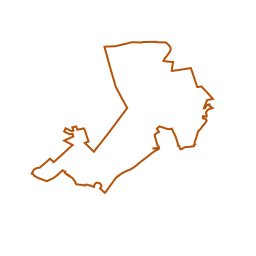 Chitila, Ilfov, Romania, rotated 34°
{"feature_id": "2599482B54423717923033", "entity_name": "Chitila", "entity_type": "district", "adm_level": 2, "iso_a3": "ROU", "parent_name": "Romania", "parent_adm1": "Ilfov", "projection": "robinson", "projection_center": [25.98, 44.492], "detail": "fine", "context": "isolated", "style": "outline", "palette": "amber", "viewbox_px": 256, "rotation_deg": 34, "n_neighbors": 0, "source": "geoboundaries", "source_scale": "gbopen_adm2", "svg_char_len": 5033}
<svg xmlns="http://www.w3.org/2000/svg" viewBox="0 0 256 256"><g transform="rotate(34 128 128)"><path d="M63.1,73.8L65.7,76.1L67.4,77.5L69.9,79.7L74.9,84.0L84.2,91.9L92.0,98.3L94.9,100.8L105.5,106.4L116.2,111.9L115.8,119.8L115.4,128.2L115.1,135.1L114.9,138.0L114.8,138.8L114.7,142.4L114.5,145.9L114.2,150.4L114.0,152.5L113.6,158.3L113.4,161.2L113.2,161.5L113.0,166.8L100.5,164.5L102.9,161.2L100.9,159.8L98.7,158.1L93.7,154.1L91.6,153.0L87.1,157.7L84.1,155.7L81.5,158.6L84.3,160.7L83.0,162.1L76.5,163.1L77.0,166.6L83.2,165.8L85.3,163.9L87.4,165.7L82.1,174.1L91.6,173.1L85.5,197.9L80.5,197.0L80.0,199.1L78.3,205.6L77.5,208.2L77.2,209.3L77.2,210.0L75.1,211.9L74.5,212.7L74.1,213.3L73.7,214.1L73.4,215.3L73.3,216.4L73.4,217.2L73.5,218.4L73.7,219.6L74.6,219.0L75.0,219.3L76.9,220.1L79.2,219.8L81.5,219.6L82.7,219.4L85.1,218.8L88.6,217.9L90.3,217.5L90.6,217.3L94.1,211.3L95.6,207.2L95.7,206.9L97.4,199.6L97.7,199.6L98.2,199.6L98.5,199.6L100.5,199.4L100.5,199.9L100.5,200.5L101.7,200.6L103.3,200.8L103.8,200.8L103.8,200.4L104.7,200.3L104.8,200.7L105.7,200.8L105.7,200.4L106.4,200.4L107.2,200.5L107.6,200.6L108.4,200.6L108.7,200.6L109.3,200.5L110.8,200.8L111.4,201.0L112.2,201.3L112.9,201.6L113.9,202.0L114.3,202.3L114.9,202.5L115.4,203.0L116.0,203.3L116.2,203.5L116.6,203.6L117.2,203.3L118.0,202.9L121.3,201.1L121.6,200.9L123.1,200.4L123.7,200.2L124.0,200.1L124.3,200.0L124.5,199.8L124.2,199.3L124.5,198.7L125.5,198.0L129.3,196.8L129.2,196.6L132.7,196.0L132.6,195.8L132.5,195.6L132.2,194.6L132.0,193.5L132.0,192.6L131.9,192.2L132.1,191.7L132.7,190.9L133.7,190.2L135.0,189.8L136.5,189.8L137.7,190.3L138.4,191.0L138.6,191.1L138.7,191.9L138.7,193.0L138.6,193.8L140.2,193.9L142.2,194.3L144.0,194.5L144.3,194.6L145.0,194.7L145.3,193.7L145.5,186.5L145.6,182.9L145.8,177.3L146.3,174.0L146.7,174.0L147.4,171.3L148.1,169.5L148.9,167.8L149.5,166.8L149.6,166.6L150.2,165.5L151.4,163.6L153.3,160.8L154.0,159.3L154.7,157.6L155.0,156.9L155.7,154.9L156.2,153.1L156.9,150.6L158.0,147.2L160.0,141.3L161.7,135.7L163.1,132.2L164.2,130.0L165.0,128.4L164.3,128.4L164.2,128.6L164.0,128.8L163.9,128.8L163.5,128.8L163.3,128.8L162.8,129.2L162.0,129.8L160.7,130.8L160.5,130.7L163.9,127.8L165.3,126.5L165.1,126.6L164.8,126.6L164.0,126.4L162.2,125.8L161.5,125.4L160.7,124.7L156.5,121.2L154.0,119.0L154.1,118.8L154.1,118.7L154.0,118.4L154.1,118.1L154.3,117.7L154.4,117.2L154.5,116.8L154.8,116.1L155.0,115.6L155.3,115.1L155.7,114.3L155.9,113.9L155.7,113.8L155.3,113.7L155.0,113.6L154.6,113.4L154.3,113.3L153.9,113.1L153.7,113.0L152.3,112.5L152.3,112.4L152.4,112.1L152.5,111.7L152.7,111.1L152.9,110.1L152.9,109.9L153.1,109.4L153.1,109.2L153.5,109.1L154.2,108.8L155.0,108.5L155.4,108.4L155.7,108.4L155.8,108.3L157.2,107.9L158.0,107.7L158.7,107.5L159.1,107.3L159.3,107.3L160.3,107.0L161.0,106.8L161.9,106.5L162.0,106.4L162.3,106.4L162.6,106.1L162.9,105.8L164.7,104.0L165.3,104.4L165.5,104.6L165.8,104.7L165.8,104.8L168.3,106.2L171.4,108.0L171.5,108.0L172.5,108.7L174.1,109.9L174.6,110.3L174.9,110.5L175.3,110.9L175.7,111.2L176.3,111.7L176.6,111.9L177.0,112.2L177.3,112.5L177.8,112.9L178.4,113.4L178.5,113.5L179.1,114.2L179.2,114.4L179.3,114.6L179.5,114.8L180.4,114.2L183.2,116.3L184.0,115.6L184.4,115.4L184.6,114.8L184.6,114.7L184.8,114.3L184.9,114.0L185.0,113.8L185.2,113.5L185.3,113.3L185.5,112.8L185.7,112.5L186.0,112.1L187.8,110.5L189.8,109.0L192.5,106.5L192.9,106.1L192.6,105.7L192.4,105.6L192.1,105.3L192.4,104.0L192.5,103.9L191.9,103.7L191.5,103.3L191.3,102.7L190.5,99.8L189.9,97.6L189.4,96.0L188.8,93.8L188.5,93.0L188.3,92.5L188.1,91.6L188.2,91.2L188.3,90.1L188.5,89.1L188.7,87.9L188.8,87.0L188.8,86.1L188.7,85.4L188.7,84.9L188.7,84.5L188.8,84.1L188.9,83.6L189.0,83.1L189.0,82.7L189.1,82.4L189.1,82.0L189.1,81.6L189.2,81.1L189.2,80.5L189.2,80.0L189.1,79.7L189.1,79.4L189.2,78.6L189.2,78.3L189.1,78.1L189.0,77.8L188.8,77.6L188.6,77.5L188.3,77.4L187.9,77.3L187.4,77.3L187.2,77.3L186.8,77.4L186.3,77.5L185.6,77.7L184.9,77.9L184.9,78.0L184.6,78.0L184.6,77.9L184.4,77.7L183.9,77.1L183.5,76.3L183.7,76.1L183.9,75.9L184.6,75.7L185.5,75.3L186.3,75.0L186.7,74.8L186.7,74.7L186.7,74.2L186.3,73.7L186.0,73.4L185.8,73.2L185.3,72.8L185.1,72.8L184.5,72.0L184.1,71.5L183.9,71.1L183.9,70.9L183.9,70.5L183.9,70.0L184.0,69.3L184.2,67.8L184.7,66.9L185.0,66.4L185.5,65.8L186.5,64.9L186.6,64.7L186.8,64.5L186.9,64.4L187.0,64.1L183.0,64.1L182.6,62.9L182.4,62.8L182.2,62.9L182.0,63.2L181.4,64.1L180.6,65.0L180.4,66.6L180.5,66.7L180.9,67.5L180.9,67.8L180.2,68.7L180.1,70.2L178.0,60.5L182.1,56.6L179.4,55.8L179.5,55.7L165.7,52.5L162.5,55.3L146.7,43.2L144.2,45.4L138.5,50.7L138.1,51.1L132.6,56.1L132.4,56.1L132.1,56.0L130.5,52.6L129.5,50.4L128.6,48.4L128.5,48.1L124.5,50.3L122.8,51.2L120.0,52.6L119.5,51.1L119.6,50.4L119.9,47.0L120.0,43.4L120.1,41.4L119.9,40.4L119.6,39.2L119.0,38.3L118.0,37.5L117.0,36.9L114.9,36.4L111.6,35.9L109.0,37.5L104.8,40.3L103.8,40.4L102.2,41.4L102.3,41.5L98.4,44.0L98.1,44.3L92.3,48.4L91.5,49.5L85.4,53.3L83.3,54.7L77.7,60.9L75.6,63.1L74.1,64.7L72.6,66.4L71.4,67.6L69.1,69.2L68.0,70.1L65.2,72.1L63.1,73.8Z" fill="none" stroke="#b45309" stroke-width="2"/></g></svg>